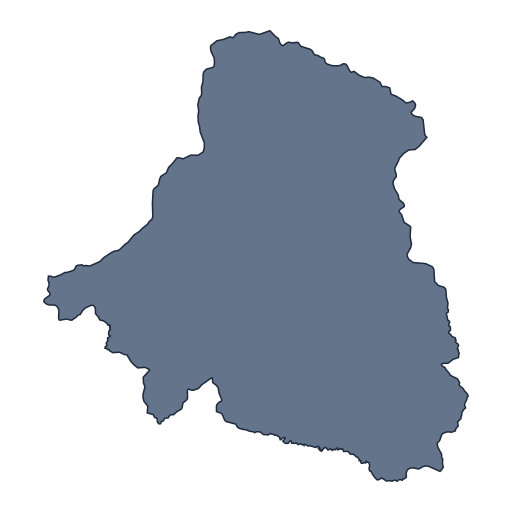 the district of Song Khwae, Nan, Thailand
{"feature_id": "78962969B31957869244810", "entity_name": "Song Khwae", "entity_type": "district", "adm_level": 2, "iso_a3": "THA", "parent_name": "Thailand", "parent_adm1": "Nan", "projection": "robinson", "projection_center": [100.667, 19.412], "detail": "fine", "context": "isolated", "style": "filled", "palette": "slate", "viewbox_px": 512, "rotation_deg": 0, "n_neighbors": 0, "source": "geoboundaries", "source_scale": "gbopen_adm2", "svg_char_len": 6001}
<svg xmlns="http://www.w3.org/2000/svg" viewBox="0 0 512 512"><path d="M48.4,276.1L48.0,280.1L49.0,283.3L49.1,285.5L47.4,289.1L48.0,290.8L49.6,292.6L50.0,294.4L49.6,295.4L45.0,298.6L44.0,300.3L43.9,301.8L46.5,304.1L48.9,304.9L54.8,305.1L57.0,306.3L58.9,309.8L58.6,318.4L59.1,319.9L60.0,320.2L66.7,319.0L70.8,320.2L72.2,320.0L76.4,317.0L78.0,315.1L80.4,314.4L82.5,310.7L85.2,308.1L90.7,305.4L93.2,305.4L94.5,306.6L95.4,308.7L95.5,313.7L97.9,316.4L99.9,320.0L103.6,320.9L106.9,323.2L107.9,325.1L109.3,325.2L109.5,325.7L109.9,325.2L110.3,326.2L109.6,327.7L110.0,327.8L109.9,329.0L110.4,329.5L108.9,331.1L108.5,333.8L108.9,335.1L110.4,335.9L109.7,336.8L107.7,337.7L107.5,339.4L108.0,340.7L106.6,342.3L106.2,343.7L107.0,345.7L105.2,346.8L105.0,348.2L106.6,348.4L107.3,349.5L108.7,349.7L109.9,351.0L112.8,352.7L119.6,352.2L124.2,354.5L126.9,354.8L130.6,361.1L133.7,364.6L137.7,367.9L145.1,367.4L149.5,369.6L149.3,370.5L143.2,377.3L143.5,383.0L144.9,386.9L143.0,394.4L143.0,397.9L144.0,401.4L147.8,406.3L147.2,412.9L153.2,414.6L154.7,417.5L157.1,418.3L157.4,422.2L159.1,423.9L160.6,423.7L161.3,421.6L163.4,420.8L164.7,418.3L168.4,417.8L169.9,414.9L173.5,414.7L177.2,411.5L181.2,409.2L182.1,407.7L183.0,402.9L186.1,400.5L187.5,398.8L187.4,390.3L187.8,389.6L188.9,389.1L190.8,390.0L193.4,390.3L197.8,388.8L199.5,387.5L201.3,385.1L211.3,378.0L212.2,377.9L212.8,382.7L216.5,385.5L218.3,387.9L218.9,392.7L221.8,399.9L221.6,400.9L218.9,402.3L216.9,404.6L216.4,406.3L216.5,411.6L221.0,413.2L222.1,414.1L224.6,420.0L225.9,421.5L236.0,424.2L237.3,427.1L238.7,428.1L241.9,429.2L246.4,429.9L249.3,431.2L253.4,431.8L254.7,432.7L256.1,431.9L257.9,431.7L260.2,432.0L263.4,434.5L268.3,434.9L270.4,433.5L271.9,434.2L273.6,434.2L274.4,435.3L276.0,435.0L279.6,437.2L280.2,439.7L280.9,439.7L282.5,438.1L284.8,437.5L285.2,437.9L285.0,438.7L282.8,441.1L284.6,442.9L286.0,443.5L288.2,443.3L289.8,441.1L290.7,440.8L291.2,441.1L291.4,442.9L291.9,443.4L293.5,443.1L294.2,443.5L296.0,442.9L298.3,444.7L300.3,443.6L301.7,444.7L303.3,444.6L304.0,445.5L304.3,444.4L304.8,444.3L308.2,446.1L309.7,445.7L315.5,447.4L316.5,447.4L317.2,446.3L317.7,446.3L319.4,447.4L318.4,448.5L318.5,448.9L320.8,449.5L320.9,450.1L320.1,450.4L321.6,451.3L323.5,448.6L325.6,447.3L327.8,449.9L329.3,449.6L330.2,448.6L332.3,450.5L333.6,449.3L335.3,449.8L337.4,447.9L337.9,449.9L340.3,448.7L341.4,449.4L342.6,448.8L343.6,451.5L348.1,451.4L350.1,454.0L353.9,454.5L356.1,456.7L357.9,457.5L358.8,458.8L359.2,460.7L360.8,460.7L360.8,462.5L361.3,463.1L362.4,463.3L364.5,462.7L365.6,463.0L366.0,461.4L366.4,461.2L367.0,462.0L369.1,462.8L369.7,466.0L369.0,467.9L369.5,470.8L371.1,471.5L372.2,473.8L374.9,477.7L377.2,479.9L378.6,479.8L381.8,478.0L386.4,481.0L389.8,480.7L392.3,481.2L393.8,480.3L395.2,480.2L397.1,481.3L398.6,479.8L400.2,479.6L402.3,480.2L402.4,479.3L404.2,478.9L405.6,477.9L406.4,476.9L406.1,473.4L407.3,469.8L410.4,468.0L413.0,467.9L418.7,469.0L423.2,466.5L425.8,465.9L428.8,466.4L440.0,471.4L440.9,470.7L443.3,467.2L442.5,463.6L442.7,458.9L441.6,457.2L441.6,454.2L438.1,447.7L437.2,444.4L437.3,443.2L439.8,440.3L441.8,434.5L442.5,433.7L446.0,432.1L449.3,431.9L451.3,432.3L455.4,430.9L455.7,429.0L458.2,425.9L457.6,421.9L460.7,418.9L461.7,415.1L461.9,412.4L464.1,409.1L465.6,407.9L464.6,405.4L464.6,403.8L466.8,399.6L466.8,397.7L468.1,396.3L467.9,395.1L466.2,392.5L464.5,391.0L463.3,388.7L459.2,385.4L459.6,382.7L457.5,378.8L450.4,375.4L449.5,373.7L445.7,369.1L445.1,367.7L442.2,365.9L441.5,364.8L441.6,364.1L442.7,363.4L447.9,363.3L453.2,359.3L458.2,357.6L458.7,356.8L458.6,354.9L459.2,353.2L458.3,351.2L458.2,349.5L457.2,348.9L458.6,345.3L457.9,344.0L455.4,341.9L456.1,340.2L455.3,339.3L455.5,338.0L451.9,336.4L450.3,334.1L448.9,333.3L448.7,331.5L450.5,330.5L450.5,328.0L450.0,326.4L448.8,325.9L448.8,323.9L449.5,322.9L449.6,321.7L449.3,321.0L447.9,320.3L446.4,313.7L446.6,313.0L448.2,312.0L448.4,309.8L447.4,308.5L448.0,303.1L446.5,297.8L445.8,289.4L444.2,287.3L438.2,285.4L434.6,281.5L433.9,269.4L432.3,266.7L425.5,263.6L413.0,262.5L409.0,259.4L407.9,257.7L407.1,255.5L407.1,254.1L410.5,248.1L411.5,244.2L410.1,236.8L410.7,227.2L410.0,226.1L404.2,222.4L401.6,214.7L399.3,212.0L399.5,210.0L404.3,206.4L404.1,204.5L403.2,203.0L399.0,199.4L398.2,194.8L394.6,189.0L393.1,183.7L393.3,180.8L396.2,176.8L396.2,174.3L394.9,170.4L394.9,167.9L398.0,161.9L399.5,158.1L403.7,153.4L408.0,150.5L409.3,149.9L415.1,149.5L419.2,146.2L426.9,137.3L425.2,135.6L424.6,133.7L423.1,119.6L422.3,119.0L421.7,117.5L414.8,116.2L412.2,114.5L411.2,112.2L414.6,108.6L415.6,105.3L415.0,103.3L412.6,100.8L410.2,102.2L406.2,103.0L401.6,99.4L395.6,95.9L391.1,94.3L389.7,87.8L385.4,86.5L382.0,86.6L380.1,82.4L373.2,78.0L368.4,77.1L364.8,77.6L358.9,75.1L354.5,71.6L353.5,71.4L351.6,72.3L350.9,72.2L349.4,70.4L346.9,65.4L345.8,64.1L343.4,63.7L340.1,65.5L335.7,65.9L332.2,65.6L327.2,64.1L325.2,62.4L324.5,59.1L323.8,58.3L320.6,57.1L317.9,55.5L314.4,54.7L312.1,50.7L310.1,49.2L300.8,46.3L298.1,42.5L296.2,42.3L292.6,42.9L288.6,42.2L286.7,42.9L283.3,45.5L281.9,45.4L280.1,43.5L278.4,38.6L275.2,36.2L269.9,30.7L259.4,34.4L248.9,31.7L245.3,32.4L239.1,32.6L235.9,34.2L233.4,37.5L232.3,37.6L230.0,36.8L223.2,39.5L217.0,40.7L210.7,45.8L210.4,48.1L211.2,51.8L214.0,57.6L214.5,61.9L214.3,65.1L213.2,67.3L206.3,69.2L203.8,71.9L203.1,74.2L203.0,81.3L201.4,87.4L201.7,93.4L201.2,95.6L199.3,98.1L197.8,104.9L198.7,111.1L198.0,115.8L198.3,122.4L199.5,126.2L200.2,132.1L204.3,142.8L204.3,147.8L203.3,151.5L203.1,152.0L197.9,155.3L190.9,155.1L183.1,158.8L178.5,157.7L176.9,157.9L173.5,162.3L168.6,167.4L166.4,172.8L160.8,176.4L159.7,178.9L158.5,184.6L157.6,185.9L154.1,188.6L153.1,190.7L152.4,203.2L152.8,216.4L152.1,219.0L149.1,221.7L147.5,224.3L142.5,228.2L139.2,231.6L134.1,234.8L127.9,242.4L125.2,244.2L119.5,249.7L117.5,250.6L114.1,251.2L111.5,252.5L103.8,257.6L99.9,261.5L89.7,266.1L85.6,265.5L83.1,265.8L82.1,264.8L77.6,265.3L76.1,266.0L74.4,269.6L72.8,270.6L67.0,272.4L65.0,272.4L60.9,274.7L54.2,277.2L52.1,276.9L51.1,276.2L48.4,276.1Z" fill="#64748b" stroke="#1e293b" stroke-width="1.5"/></svg>